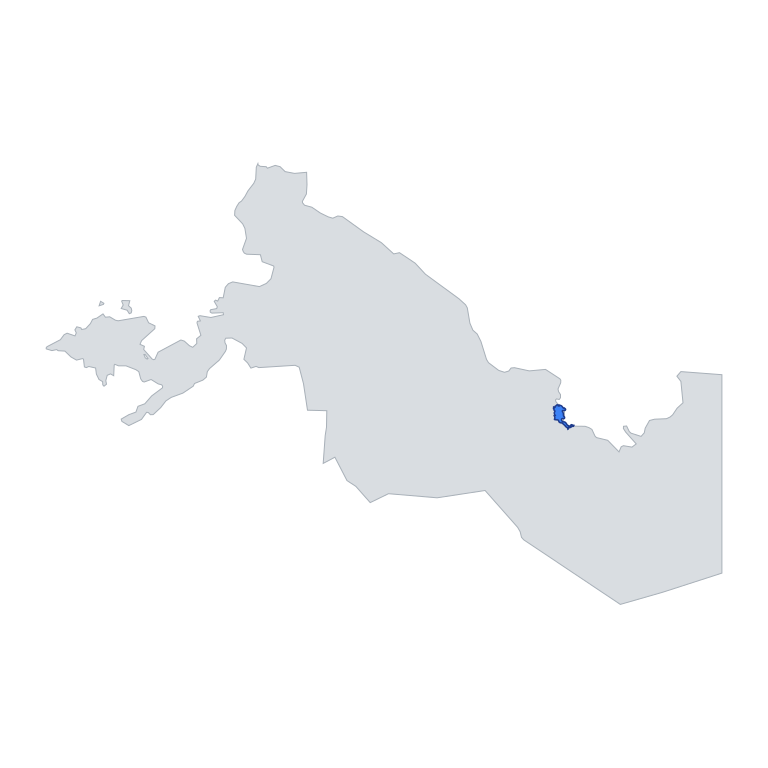 Amudarya, Karakalpakstan, Uzbekistan shown in context, rotated 180°
{"feature_id": "79887680B11316331959400", "entity_name": "Amudarya", "entity_type": "district", "adm_level": 2, "iso_a3": "UZB", "parent_name": "Uzbekistan", "parent_adm1": "Karakalpakstan", "projection": "mercator", "projection_center": [60.011, 42.124], "detail": "fine", "context": "in_parent", "style": "filled", "palette": "blue", "viewbox_px": 768, "rotation_deg": 180, "n_neighbors": 0, "source": "geoboundaries", "source_scale": "gbopen_adm2", "svg_char_len": 5147}
<svg xmlns="http://www.w3.org/2000/svg" viewBox="0 0 768 768"><g transform="rotate(180 384 384)"><path d="M626.5,348.6L639.2,342.4L646.1,346.6L646.8,348.9L639.0,353.4L632.1,355.9L630.0,361.7L623.2,364.2L616.3,372.1L605.5,380.2L605.4,381.9L606.3,383.2L609.8,384.1L616.9,388.5L623.8,386.0L625.5,386.6L627.3,389.2L629.2,396.4L632.3,398.4L642.1,402.2L649.5,402.2L653.2,403.7L653.8,403.0L654.3,392.3L657.5,394.1L660.8,392.7L662.2,387.4L661.5,383.8L664.0,381.8L665.2,383.1L665.4,386.4L669.0,388.5L671.6,393.9L672.4,400.0L679.2,401.5L681.7,400.4L683.6,401.1L684.5,408.8L685.5,409.4L691.5,407.9L697.1,411.1L703.1,416.9L709.9,417.3L711.3,418.4L716.1,417.4L721.7,419.1L721.9,420.0L721.0,421.3L707.6,428.3L703.9,433.3L700.9,434.8L693.0,432.1L691.7,435.1L693.1,438.1L691.2,441.2L687.1,440.1L686.3,438.5L682.3,439.3L677.6,444.4L675.4,448.6L671.1,449.9L665.0,454.1L662.6,450.8L658.3,451.2L652.6,447.8L649.8,447.2L624.1,451.6L622.1,450.9L619.4,445.2L613.0,442.1L613.2,439.3L626.4,427.4L628.0,423.7L623.6,421.7L624.3,418.5L615.8,408.9L614.2,408.3L613.1,408.7L609.9,415.8L587.1,428.0L583.7,426.9L578.6,422.3L575.3,420.7L571.2,424.5L571.4,429.2L567.1,432.7L571.0,445.1L570.6,446.7L567.6,447.1L569.8,451.7L568.0,452.3L557.1,450.5L544.5,453.3L544.8,455.3L556.1,454.9L557.7,455.8L557.9,457.3L557.3,458.3L551.3,459.4L550.7,461.3L553.8,466.7L552.4,467.9L550.3,466.9L548.6,470.4L544.8,470.2L542.7,480.7L539.6,484.3L535.3,486.1L508.6,481.4L501.6,484.6L497.0,489.3L494.0,500.7L494.3,502.0L505.8,506.3L507.6,513.3L521.4,513.8L523.7,514.9L524.8,516.6L525.5,518.5L521.5,529.7L523.1,539.6L525.3,544.1L533.4,552.7L533.1,557.5L531.2,561.7L528.9,565.3L526.5,566.9L523.1,571.5L520.0,577.2L514.2,584.7L512.3,588.9L511.7,600.8L510.1,604.4L509.9,603.1L507.8,601.7L501.8,601.3L500.6,599.8L492.8,602.6L487.9,601.3L482.9,596.4L473.5,594.6L461.4,595.7L461.0,583.3L461.6,574.0L465.6,566.7L465.5,565.3L463.5,562.8L456.2,560.8L447.7,555.0L439.7,551.1L435.2,549.8L430.2,552.0L425.6,551.4L404.5,536.2L386.6,525.3L374.3,514.1L368.5,515.3L352.8,504.8L342.6,493.8L309.0,469.2L302.4,463.2L300.7,460.1L298.1,444.8L295.1,437.8L290.8,434.0L287.1,426.6L281.5,408.6L279.5,405.3L269.3,397.6L263.5,395.7L259.2,397.0L256.9,400.0L253.5,400.3L238.7,397.1L222.5,398.6L208.1,389.2L207.2,387.8L207.3,385.2L210.0,379.0L209.4,376.3L207.5,373.4L207.5,370.3L208.8,368.5L211.5,369.1L212.5,368.0L212.1,366.3L208.8,362.5L202.3,359.0L203.5,356.6L203.8,350.6L204.8,347.4L204.0,346.3L199.0,341.9L182.9,341.7L179.1,340.4L176.1,338.6L173.0,331.9L171.5,330.4L160.3,327.7L149.0,316.1L146.8,321.2L144.6,322.3L136.0,320.9L131.8,324.1L142.3,335.9L144.6,339.5L144.5,341.7L141.4,342.0L138.7,336.4L136.9,334.8L126.9,331.6L123.7,335.2L122.8,339.8L118.5,347.5L113.4,348.8L101.5,349.3L97.9,351.0L95.4,353.1L90.9,359.8L85.0,365.2L87.1,386.6L91.1,391.8L87.1,396.4L46.1,393.3L46.1,194.9L105.2,175.8L147.7,163.6L244.3,228.2L246.5,230.7L247.8,236.2L250.3,240.6L282.9,277.5L330.9,270.2L379.5,274.3L397.8,265.4L412.1,281.6L421.0,287.4L433.1,310.8L444.8,304.6L442.8,332.4L441.5,340.8L441.2,357.3L460.5,357.8L464.5,384.3L468.8,400.8L472.9,402.7L509.2,400.4L511.9,401.6L517.1,399.9L520.4,405.1L524.1,408.7L521.5,420.1L525.9,424.6L536.0,430.0L542.2,429.8L543.3,427.8L543.0,425.2L541.5,422.4L541.6,419.0L542.6,416.6L548.6,408.0L558.5,399.4L560.7,396.3L561.6,390.9L565.1,387.9L573.5,384.5L574.8,381.8L585.1,374.9L596.8,370.6L602.1,367.1L607.3,360.4L614.8,353.4L617.6,353.3L619.7,355.5L621.4,355.7L626.5,348.6ZM624.1,413.5L622.7,410.1L620.9,408.9L620.0,409.4L622.9,413.6L624.1,413.5ZM645.9,467.5L638.2,467.3L639.5,462.3L636.8,459.9L636.2,457.4L636.8,455.1L638.7,454.3L640.9,457.8L646.8,459.5L644.8,463.0L646.3,466.7L645.9,467.5ZM668.9,462.2L667.4,466.7L664.1,464.7L664.6,463.6L668.9,462.2Z" fill="#d9dde1" stroke="#a8b0b8" stroke-width="1"/><path d="M194.6,341.7L194.2,342.5L194.3,342.5L194.6,342.7L194.9,342.8L196.4,343.3L196.8,343.3L197.1,343.0L197.5,341.8L197.8,341.3L198.7,342.0L199.4,342.3L200.4,342.6L200.9,343.0L201.5,344.2L202.2,345.2L202.9,345.8L203.4,346.0L204.9,346.2L205.1,346.3L205.7,346.7L206.1,347.2L206.4,347.7L206.5,348.2L206.5,348.7L206.3,349.1L205.9,349.4L205.5,349.5L204.8,349.4L204.4,349.3L204.0,349.4L203.5,349.8L203.4,350.2L203.4,350.8L203.5,350.9L203.8,351.3L204.3,351.8L204.5,352.2L204.5,352.8L204.6,353.2L204.6,354.1L204.8,354.9L205.1,355.7L205.6,356.4L205.7,357.1L205.5,357.4L203.8,357.5L203.6,357.6L203.0,357.6L202.6,358.0L202.4,358.3L202.6,359.0L202.9,359.3L203.6,360.0L204.0,359.9L204.4,359.9L204.7,360.2L204.8,360.1L206.3,362.0L207.0,362.4L207.6,362.6L208.7,363.0L208.8,363.0L208.9,362.0L209.7,362.1L209.7,362.8L210.4,363.2L211.3,363.0L212.1,362.1L212.9,361.7L213.0,360.8L214.2,361.0L214.0,360.1L214.5,360.0L214.5,359.4L214.1,359.3L214.0,358.2L213.8,357.6L213.2,357.2L213.1,356.5L213.8,355.1L213.4,353.6L212.8,352.6L213.8,352.4L213.2,350.8L213.1,349.8L213.6,348.8L213.3,348.4L211.9,348.2L210.2,348.1L209.6,347.6L208.9,346.0L207.9,345.3L206.0,345.0L204.9,344.1L203.7,343.0L202.8,342.3L202.6,341.6L201.9,341.1L200.5,340.1L200.1,338.8L199.8,339.0L199.8,340.4L199.4,340.8L198.7,340.3L198.3,340.7L197.7,340.5L197.0,340.8L196.4,341.6L195.1,341.6L194.6,341.7Z" fill="#3b82f6" stroke="#1e3a8a" stroke-width="1.5"/></g></svg>